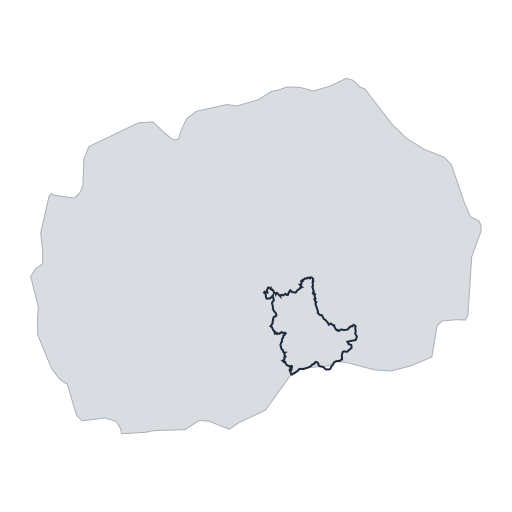 Kavadartsi, Kavadartsi, North Macedonia (highlighted)
{"feature_id": "65306769B96152204239158", "entity_name": "Kavadartsi", "entity_type": "district", "adm_level": 2, "iso_a3": "MKD", "parent_name": "North Macedonia", "parent_adm1": "Kavadartsi", "projection": "mercator", "projection_center": [22.001, 41.309], "detail": "fine", "context": "in_parent", "style": "outline", "palette": "slate", "viewbox_px": 512, "rotation_deg": 0, "n_neighbors": 0, "source": "geoboundaries", "source_scale": "gbopen_adm2", "svg_char_len": 4225}
<svg xmlns="http://www.w3.org/2000/svg" viewBox="0 0 512 512"><path d="M227.0,104.6L236.8,105.9L258.1,99.8L271.4,91.4L278.2,90.1L287.2,86.9L300.1,87.4L313.2,91.0L329.9,86.2L346.3,78.3L352.9,80.3L360.0,87.0L364.7,88.8L391.9,124.2L406.8,138.6L424.3,149.4L444.4,157.4L451.5,165.0L464.3,202.5L470.4,216.7L478.9,220.9L480.9,225.0L481.3,230.4L471.7,256.7L467.9,315.3L465.5,320.0L455.5,319.7L442.2,321.0L437.1,325.5L431.8,357.0L410.4,366.0L391.0,371.0L374.7,369.9L346.0,362.4L336.6,361.6L328.5,365.9L302.9,368.1L291.7,373.6L265.2,410.3L238.4,422.9L229.3,429.3L208.9,421.2L199.1,420.4L184.9,429.7L153.9,430.6L145.5,432.3L121.6,433.7L120.6,428.7L116.2,421.3L105.0,417.9L82.2,420.8L76.6,415.4L67.3,384.3L59.9,379.3L51.7,368.8L37.8,334.9L37.5,320.0L38.4,307.1L30.7,276.5L35.5,268.8L42.6,263.9L42.7,251.6L40.7,232.9L49.1,196.0L51.4,193.4L53.6,195.1L74.1,198.1L79.4,193.4L82.8,186.1L83.9,159.1L88.8,146.6L138.4,122.8L153.0,121.9L164.2,132.8L173.0,139.8L178.4,139.6L180.3,132.6L186.3,119.0L196.5,111.2L226.7,104.6L227.0,104.6Z" fill="#d9dde1" stroke="#a8b0b8" stroke-width="1"/><path d="M322.1,315.7L321.6,315.0L320.2,315.2L317.7,312.9L318.0,311.6L315.4,303.7L316.3,302.1L315.3,301.5L314.4,299.1L315.5,298.7L314.4,295.5L315.1,294.3L312.9,293.5L313.2,292.1L313.9,291.8L312.3,286.7L313.0,285.9L312.6,282.2L313.4,281.2L312.8,280.4L313.2,279.0L311.7,277.5L310.1,277.4L309.8,278.4L307.9,277.6L306.6,278.6L305.1,278.4L303.6,279.7L303.0,279.6L301.7,280.6L302.5,281.2L301.2,281.9L301.6,283.6L301.2,284.4L299.8,284.6L301.6,286.6L301.0,286.5L300.8,287.8L300.2,287.7L299.3,289.1L297.7,289.9L295.6,292.6L292.3,292.1L290.3,290.3L289.3,291.5L289.4,292.3L288.3,293.3L288.0,294.8L287.0,295.0L285.4,293.8L283.4,295.4L281.9,294.8L280.8,295.1L280.3,295.5L280.4,296.4L276.9,292.8L275.8,293.2L275.6,294.1L275.2,293.2L273.8,292.3L273.5,291.0L272.2,289.5L271.5,289.7L270.9,289.2L270.8,288.4L270.5,288.8L268.9,287.5L267.9,287.7L267.9,288.5L266.9,289.9L267.3,292.6L264.6,291.7L264.0,292.6L264.7,292.9L265.7,294.5L266.0,297.3L266.8,298.7L270.3,298.3L272.8,295.5L272.6,296.7L273.1,297.1L273.8,300.4L272.3,302.1L272.0,303.1L272.9,306.7L272.9,308.9L273.8,310.8L275.9,313.3L276.4,315.2L276.1,315.9L275.3,316.5L274.4,316.5L273.5,317.5L273.0,319.2L273.2,320.4L272.6,321.3L272.6,323.4L270.5,326.3L271.8,326.9L273.3,330.3L275.0,331.8L274.6,332.1L274.9,333.6L276.1,333.1L276.9,334.0L277.6,333.2L279.4,333.8L281.7,332.0L282.9,333.0L284.9,332.7L285.7,333.4L284.3,335.2L283.3,335.6L283.2,337.5L281.9,339.3L282.0,341.6L281.3,342.3L280.4,345.0L281.6,349.2L282.9,350.2L283.2,352.0L283.9,352.5L285.2,352.6L284.5,353.2L284.4,355.0L285.5,356.6L284.3,357.6L284.7,357.9L284.1,360.0L282.6,360.6L283.5,361.2L283.7,362.0L285.2,361.9L285.7,363.7L287.1,365.3L289.8,366.4L291.2,365.9L292.1,366.3L292.0,366.8L291.0,366.8L291.3,367.4L290.5,368.0L291.6,368.6L291.3,370.1L290.4,369.7L289.6,370.0L291.7,375.3L291.7,375.2L292.0,374.7L292.3,374.3L292.4,374.2L294.1,373.2L295.0,372.8L295.8,372.2L296.9,371.3L297.8,370.9L298.4,370.1L299.0,369.3L299.6,368.9L300.1,368.8L301.0,369.0L302.1,368.9L303.4,369.0L304.8,368.6L306.0,368.2L306.7,367.9L307.2,367.7L308.2,367.6L309.9,366.7L311.7,365.3L312.2,364.5L313.0,364.2L313.5,364.2L313.9,364.0L314.3,363.7L314.6,363.4L314.8,363.2L314.8,362.9L314.9,362.4L315.9,361.9L317.2,362.4L317.6,362.6L317.7,362.8L318.2,363.3L318.3,363.6L318.3,364.1L318.3,364.7L318.6,365.1L319.4,366.1L320.6,366.4L322.2,366.7L323.8,367.4L324.0,367.5L324.4,368.0L325.0,368.8L325.4,369.2L326.4,369.5L327.2,369.4L327.7,369.4L328.8,369.5L329.9,369.1L330.6,368.2L330.9,367.6L331.2,366.7L331.5,366.2L332.1,365.7L332.8,364.9L333.4,363.5L334.2,362.4L334.4,362.1L334.8,361.9L335.3,361.6L336.6,361.2L337.1,361.1L337.5,361.0L338.1,360.9L338.7,360.9L339.5,361.0L340.0,360.8L340.3,360.6L341.0,359.7L341.9,359.3L342.1,359.3L341.8,355.4L342.6,352.2L343.6,351.4L347.0,351.8L351.6,347.8L351.3,345.0L348.6,344.1L347.4,341.7L355.7,340.0L356.9,336.7L355.2,333.5L355.7,331.3L355.2,328.0L355.6,326.2L353.7,324.8L352.1,326.4L351.2,326.1L350.1,327.2L349.3,327.3L348.0,329.4L344.0,330.1L341.3,329.4L339.1,330.9L337.8,329.9L337.3,330.5L336.0,329.6L334.1,326.2L334.2,325.3L332.8,325.2L330.9,323.5L328.8,324.7L328.2,323.2L325.4,319.9L323.9,319.1L322.1,315.7Z" fill="none" stroke="#1e293b" stroke-width="2"/></svg>